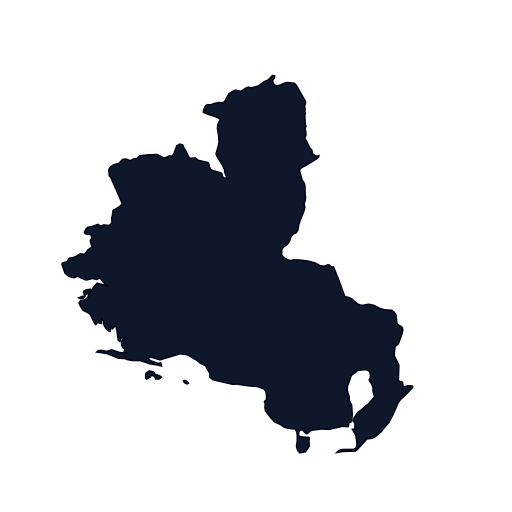 map outline of Venezuela (Robinson projection), rotated 195°
{"feature_id": "VEN", "entity_name": "Venezuela", "entity_type": "country or territory", "adm_level": 0, "iso_a3": "VEN", "parent_name": "South America", "parent_adm1": "", "projection": "robinson", "projection_center": [-65.797, 6.433], "detail": "fine", "context": "isolated", "style": "filled", "palette": "ink", "viewbox_px": 512, "rotation_deg": 195, "n_neighbors": 0, "source": "natural_earth", "source_scale": "50m", "svg_char_len": 6113}
<svg xmlns="http://www.w3.org/2000/svg" viewBox="0 0 512 512"><g transform="rotate(195 256 256)"><path d="M436.1,190.1L441.3,197.7L441.3,198.6L440.8,199.5L437.6,201.3L436.9,202.2L435.8,205.6L431.8,207.4L429.0,209.7L426.3,212.6L422.6,213.1L421.5,214.3L420.0,218.2L418.9,219.8L417.0,221.7L417.0,222.8L419.6,227.1L420.1,228.4L419.3,230.4L419.4,231.8L420.8,233.5L422.4,233.9L424.0,233.2L426.0,233.2L427.3,233.7L427.8,234.2L427.9,235.5L427.1,238.3L426.0,240.1L420.7,242.8L417.1,245.6L414.3,244.9L412.9,245.0L411.1,246.7L406.5,247.3L405.4,247.9L404.5,249.2L403.8,251.2L405.3,255.6L405.2,257.5L405.9,262.8L405.1,264.0L403.3,265.5L401.1,267.9L398.7,271.4L399.1,272.4L416.6,294.3L418.5,295.5L420.4,300.8L420.4,302.2L419.8,303.9L418.3,306.0L416.6,307.6L412.1,310.3L410.5,313.8L409.5,315.0L406.7,316.0L401.9,315.6L399.5,318.2L396.4,319.2L394.3,322.7L387.0,325.6L379.9,327.8L377.9,328.6L370.8,326.8L369.1,327.4L365.4,330.4L363.8,330.5L362.6,331.1L361.8,333.6L361.1,341.9L358.6,344.4L355.5,344.3L353.4,341.5L350.9,339.3L346.6,334.1L345.4,333.4L344.2,333.5L340.2,335.0L336.7,333.5L326.6,333.9L325.2,332.5L323.9,329.6L321.9,327.8L320.2,327.3L311.4,327.3L310.4,326.8L308.9,324.3L307.4,323.2L305.5,323.1L304.7,324.5L307.9,328.9L308.8,331.3L311.6,334.8L319.6,342.2L321.1,344.5L320.9,352.1L321.2,356.4L323.3,362.7L326.2,369.0L327.0,373.0L326.4,376.0L325.9,377.6L325.9,378.3L326.5,378.9L329.3,379.9L335.1,380.4L338.6,380.4L344.0,381.1L344.4,383.3L343.9,387.0L342.8,389.1L342.0,389.7L339.0,390.2L336.0,392.4L331.5,394.7L329.0,395.0L327.0,396.1L326.3,396.9L325.4,401.1L324.1,405.8L321.6,408.6L318.9,410.9L316.1,411.1L313.9,411.0L312.8,411.6L308.9,415.9L307.1,417.2L304.8,417.0L302.2,418.2L299.0,420.1L296.9,421.7L295.1,424.4L292.5,427.2L289.9,429.1L286.8,434.7L284.5,434.8L284.3,432.9L285.4,429.9L284.2,427.3L282.1,426.0L281.0,425.6L280.0,425.7L277.5,427.0L272.4,431.0L270.6,431.7L264.0,432.8L262.7,432.3L260.5,430.6L248.2,418.1L247.7,416.0L248.0,413.9L246.7,410.8L246.0,407.5L245.3,406.4L245.1,403.9L242.4,395.8L241.2,393.9L241.7,392.4L241.2,390.8L240.3,389.5L238.9,385.4L239.4,383.6L239.0,381.8L236.2,379.3L234.1,376.5L231.5,373.9L229.2,372.5L228.4,370.0L227.8,369.2L226.5,369.0L223.8,368.0L221.2,369.2L221.2,367.3L221.9,366.2L230.7,357.0L235.1,352.8L235.6,352.2L236.3,349.9L231.1,341.3L228.3,338.9L226.7,335.9L224.7,329.0L223.3,325.5L222.9,322.9L223.0,319.9L222.5,317.5L221.4,315.9L221.4,311.0L222.5,302.7L222.8,296.5L222.2,292.2L223.2,288.9L225.8,286.7L227.2,283.2L227.5,278.5L229.1,274.7L231.9,271.6L232.8,268.7L231.9,265.7L231.7,263.9L229.3,261.9L224.9,260.6L221.3,260.5L219.1,261.9L213.5,263.3L204.5,264.6L197.2,264.6L191.7,263.3L187.6,263.7L184.7,265.9L182.7,266.4L181.5,265.2L180.2,264.9L178.3,265.6L169.8,254.1L160.0,240.3L159.1,239.8L155.4,240.0L152.0,239.2L148.0,237.1L144.7,235.8L142.5,235.6L140.4,235.9L134.9,238.5L131.7,238.8L129.3,238.8L122.7,237.5L118.2,237.3L110.8,238.7L107.7,237.3L105.5,235.3L102.2,226.8L97.1,225.4L95.7,224.2L95.0,222.0L94.8,219.3L95.7,208.3L98.2,204.5L97.3,198.3L96.6,195.4L89.8,187.7L86.3,172.7L84.7,171.9L83.3,172.3L81.8,171.9L80.4,168.7L79.1,168.0L75.4,170.1L71.5,170.9L70.7,170.1L70.9,169.1L74.6,162.3L79.0,155.3L80.6,151.6L82.5,138.9L84.5,129.7L88.1,122.4L89.4,119.0L94.2,112.2L96.2,110.3L101.6,107.8L108.1,95.2L109.6,93.2L121.2,89.8L127.1,87.1L126.3,88.5L124.5,90.4L122.4,91.5L112.0,94.4L109.6,96.2L109.6,98.9L109.9,101.0L112.9,108.0L114.1,109.7L118.1,113.5L117.2,114.0L115.7,114.1L116.8,119.0L119.3,122.4L119.4,124.6L117.4,131.2L113.9,135.2L111.3,139.8L109.4,141.6L105.0,150.7L108.3,156.2L108.8,158.9L111.6,162.8L113.4,164.1L114.6,165.7L114.1,168.3L115.2,172.0L116.6,173.9L118.5,174.6L120.7,174.6L127.3,172.2L128.8,171.1L129.8,169.2L133.1,165.3L133.3,160.2L134.0,154.2L133.3,150.2L129.8,144.6L128.4,140.5L125.0,136.8L122.9,130.4L122.1,128.4L120.7,120.8L123.0,119.0L122.8,115.0L128.4,113.9L140.6,107.4L148.1,105.8L156.7,102.3L158.7,100.6L160.4,97.7L161.7,97.4L166.2,100.1L168.4,99.1L169.3,97.1L168.1,93.0L165.5,93.0L157.8,94.5L157.1,92.7L157.1,91.2L155.3,86.3L157.6,79.7L159.8,78.5L163.0,77.2L165.5,79.2L166.9,81.1L167.7,82.9L168.3,87.9L169.6,92.9L170.9,96.3L173.1,99.0L174.8,98.8L176.0,98.4L184.0,97.8L188.9,99.6L195.1,100.5L200.8,104.3L206.8,108.9L208.3,112.3L208.8,115.5L210.2,117.6L208.8,119.8L209.5,123.6L211.2,127.3L213.8,129.7L221.1,130.3L229.1,128.7L241.3,127.3L245.3,126.0L265.6,125.3L269.4,127.1L269.8,130.3L276.4,137.0L281.7,137.9L286.3,140.0L291.0,141.2L296.1,142.8L299.0,142.6L301.2,142.1L303.8,142.0L321.9,130.8L331.6,131.1L334.3,129.3L330.8,127.6L322.7,127.0L320.2,128.1L318.8,125.2L321.5,125.3L330.5,124.4L340.8,125.0L349.1,122.9L353.4,122.6L355.8,123.0L362.5,121.7L375.0,123.2L385.0,122.0L383.8,123.8L380.6,124.9L375.3,125.3L371.3,128.0L362.7,127.5L356.7,128.5L358.6,129.2L358.6,132.0L359.5,132.6L360.3,132.6L362.4,134.6L363.0,136.0L363.6,138.8L362.7,141.9L361.5,143.3L363.9,142.8L365.3,141.4L365.1,139.9L365.3,138.2L366.7,138.8L367.6,139.5L370.8,147.5L373.0,151.8L374.1,151.5L374.7,150.6L375.7,148.7L376.5,149.9L377.6,150.6L377.1,148.8L377.7,146.5L377.5,145.7L378.5,145.5L379.6,145.8L381.3,146.4L384.3,149.1L386.2,151.8L386.4,153.3L387.1,154.2L388.4,155.1L389.0,156.5L389.1,154.3L388.4,152.7L388.2,150.8L392.0,150.7L393.0,148.3L395.1,149.8L400.7,156.4L402.7,157.5L408.8,158.8L412.6,162.0L414.8,164.9L413.5,167.9L410.0,169.4L408.5,171.3L407.7,173.2L407.7,175.0L406.7,177.2L405.9,181.0L404.4,184.7L402.5,188.6L392.3,188.7L397.1,191.4L400.9,194.5L403.9,192.1L408.3,191.9L412.9,189.2L414.7,188.8L423.4,190.2L425.5,188.3L427.3,187.7L432.0,188.0L436.1,190.1ZM331.1,109.8L332.0,113.9L331.7,114.6L329.2,117.4L325.5,117.5L324.2,117.0L322.6,115.2L321.0,115.7L317.1,115.1L316.0,114.5L317.4,112.3L321.1,111.2L321.9,112.6L323.9,113.7L326.2,113.8L326.8,111.8L329.9,108.7L331.1,109.8ZM411.5,179.3L407.6,180.9L407.3,177.8L407.8,176.9L411.5,173.9L412.1,174.5L411.9,175.1L413.3,176.3L413.0,177.7L411.5,179.3ZM293.8,116.8L292.4,117.5L289.7,116.8L288.3,115.8L289.2,114.7L291.4,114.7L293.5,116.1L293.8,116.8ZM414.1,171.8L410.8,172.8L410.8,172.0L411.7,170.6L413.4,170.2L414.1,169.7L415.2,169.3L416.4,169.8L414.9,170.6L414.1,171.8Z" fill="#0f172a" stroke="#020617" stroke-width="1.5"/></g></svg>